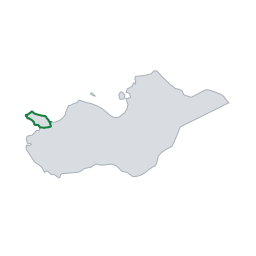 Nabeul highlighted on a map of Tunisia, rotated 256°
{"feature_id": "TUN-107", "entity_name": "Nabeul", "entity_type": "Governorate", "adm_level": 1, "iso_a3": "TUN", "parent_name": "Tunisia", "parent_adm1": "", "projection": "mercator", "projection_center": [10.722, 36.719], "detail": "fine", "context": "in_parent", "style": "outline", "palette": "green", "viewbox_px": 256, "rotation_deg": 256, "n_neighbors": 0, "source": "natural_earth", "source_scale": "10m", "svg_char_len": 3277}
<svg xmlns="http://www.w3.org/2000/svg" viewBox="0 0 256 256"><g transform="rotate(256 128 128)"><path d="M176.2,147.7L176.2,148.5L175.3,153.9L175.1,155.9L175.0,159.3L175.0,163.3L176.9,166.7L177.0,168.1L176.2,169.9L172.7,171.8L168.1,174.4L164.1,176.8L159.8,179.4L158.5,181.1L156.3,182.4L154.5,183.7L154.2,185.0L152.9,187.4L151.3,189.3L147.2,190.1L146.4,190.7L144.5,193.6L143.6,194.7L142.5,197.0L143.9,203.0L145.6,209.2L146.0,211.8L146.0,214.0L145.0,216.3L142.8,219.6L141.2,222.0L138.1,226.4L137.2,227.4L135.1,228.7L131.0,230.4L128.1,231.9L126.6,225.2L125.3,219.6L124.3,214.9L122.5,206.6L120.9,199.6L119.4,192.5L118.0,186.1L116.6,179.6L116.0,178.7L111.7,175.6L107.8,172.8L103.7,169.6L99.3,166.1L98.6,161.7L96.4,155.1L94.0,151.4L93.1,150.4L88.3,148.0L85.5,146.2L84.7,145.2L84.2,142.5L82.2,137.0L79.9,132.1L79.1,128.8L79.0,124.6L79.5,121.5L80.4,120.2L85.1,116.4L87.3,111.8L90.0,110.1L92.3,108.8L94.2,107.3L95.9,104.9L97.2,102.3L97.4,99.5L98.0,95.1L98.8,91.9L100.8,88.4L100.0,85.6L98.9,82.5L99.2,77.1L99.0,75.0L98.1,73.1L97.2,70.6L97.2,68.5L98.0,63.1L98.7,59.0L99.7,53.6L99.3,52.1L98.6,51.0L96.3,49.8L96.3,49.0L96.8,48.3L100.2,45.6L102.0,41.7L103.5,40.9L105.8,39.5L105.7,38.0L105.2,36.4L111.2,34.6L116.9,29.7L118.9,28.6L132.2,24.1L133.9,24.4L135.8,25.1L135.3,26.7L134.5,28.1L135.6,30.4L137.2,29.0L136.8,28.0L136.7,26.8L139.5,26.6L141.9,26.8L144.5,28.2L144.3,33.5L147.8,38.6L146.9,41.1L149.7,42.6L152.3,40.8L153.6,38.1L158.3,36.6L162.8,32.7L165.3,32.3L165.9,35.5L167.1,38.3L165.4,39.3L163.2,42.3L159.1,49.8L155.3,52.0L152.5,54.9L151.6,57.0L151.3,59.4L152.0,63.7L154.1,68.0L156.5,70.7L158.7,71.5L164.1,75.6L164.0,78.1L164.8,81.0L165.0,84.5L166.9,87.3L162.9,93.5L160.8,97.9L156.5,103.9L152.7,107.9L144.6,113.7L142.6,115.7L141.3,117.7L140.7,119.8L140.9,122.2L143.6,128.3L147.1,131.8L150.8,133.7L157.0,133.0L156.8,135.3L157.3,138.0L159.8,137.9L161.5,137.5L163.0,134.8L166.0,136.6L167.6,142.3L170.2,144.0L170.5,144.7L169.6,145.1L168.9,145.7L169.7,146.2L172.2,146.9L173.7,146.4L176.2,147.7ZM163.0,132.0L162.3,132.1L161.2,132.9L160.5,133.0L158.8,132.1L158.1,132.1L157.3,131.5L157.5,128.1L157.8,127.1L162.1,127.0L164.4,129.0L164.8,129.6L164.9,130.2L163.8,131.3L163.0,132.0ZM170.7,101.7L167.0,103.9L167.7,102.0L170.2,99.8L170.8,100.3L170.7,101.7Z" fill="#d9dde1" stroke="#a8b0b8" stroke-width="1"/><path d="M149.9,42.7L150.3,42.7L151.6,42.1L152.3,41.9L152.8,41.4L153.0,40.6L153.1,39.9L153.5,38.6L153.9,38.2L154.4,38.1L155.6,38.2L156.6,38.0L157.5,37.6L158.7,36.8L159.5,36.0L159.7,35.9L159.8,35.6L161.3,34.3L161.5,34.1L161.5,33.7L161.4,33.5L161.4,33.3L161.6,33.0L162.1,32.8L163.4,32.6L164.3,31.9L164.8,31.8L165.2,32.0L165.5,32.6L165.4,32.8L165.2,33.2L165.1,33.5L165.2,33.9L165.4,34.3L165.5,34.6L165.5,34.8L166.0,35.4L166.1,35.7L166.2,36.0L166.2,36.7L166.3,37.0L166.6,37.5L166.9,37.8L167.0,38.0L167.3,38.4L167.2,38.9L166.8,39.4L165.9,39.8L164.5,40.9L163.8,42.2L162.8,43.8L161.1,46.9L159.8,50.2L159.1,51.1L157.1,51.6L154.8,52.9L153.9,52.7L153.1,53.3L152.6,54.1L152.5,53.9L152.3,53.6L152.2,53.5L152.2,53.4L151.8,53.4L151.5,53.6L151.3,53.7L151.2,53.8L150.8,53.7L150.6,53.5L150.1,53.4L149.4,53.5L148.6,53.7L148.4,53.6L148.2,53.5L148.1,53.4L148.0,52.6L148.0,50.5L148.5,47.8L148.4,47.1L148.3,46.9L148.4,46.6L149.3,44.8L149.8,42.8L149.9,42.7Z" fill="none" stroke="#15803d" stroke-width="2"/></g></svg>